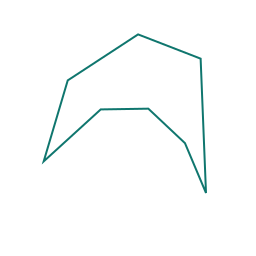 outline of Wake Atoll, rotated 252°
{"feature_id": "UMI-5179", "entity_name": "Wake Atoll", "entity_type": "state/province", "adm_level": 1, "iso_a3": "UMI", "parent_name": "United States Minor Outlying Islands", "parent_adm1": "", "projection": "robinson", "projection_center": [166.636, 19.291], "detail": "fine", "context": "isolated", "style": "outline", "palette": "teal", "viewbox_px": 256, "rotation_deg": 252, "n_neighbors": 0, "source": "natural_earth", "source_scale": "10m", "svg_char_len": 269}
<svg xmlns="http://www.w3.org/2000/svg" viewBox="0 0 256 256"><g transform="rotate(252 128 128)"><path d="M42.1,182.1L96.0,177.5L140.1,153.3L154.1,107.8L122.3,37.5L191.9,85.4L213.9,166.5L171.5,218.5L42.1,182.1Z" fill="none" stroke="#0f766e" stroke-width="2"/></g></svg>